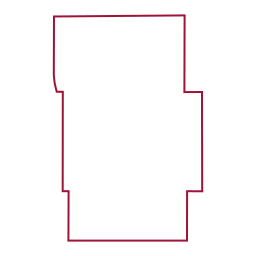 outline of Garden, Nebraska, United States of America
{"feature_id": "52423323B8475953570215", "entity_name": "Garden", "entity_type": "district", "adm_level": 2, "iso_a3": "USA", "parent_name": "United States of America", "parent_adm1": "Nebraska", "projection": "mercator", "projection_center": [-102.377, 41.615], "detail": "fine", "context": "isolated", "style": "outline", "palette": "rose", "viewbox_px": 256, "rotation_deg": 0, "n_neighbors": 0, "source": "geoboundaries", "source_scale": "gbopen_adm2", "svg_char_len": 302}
<svg xmlns="http://www.w3.org/2000/svg" viewBox="0 0 256 256"><path d="M202.2,191.3L202.0,92.0L184.4,92.1L184.6,15.4L54.0,16.5L53.8,75.1L54.7,83.5L56.7,91.7L62.8,91.8L62.7,178.7L62.7,191.2L68.6,191.2L68.4,240.6L187.0,240.6L187.1,191.2L202.2,191.3Z" fill="none" stroke="#9f1239" stroke-width="2"/></svg>